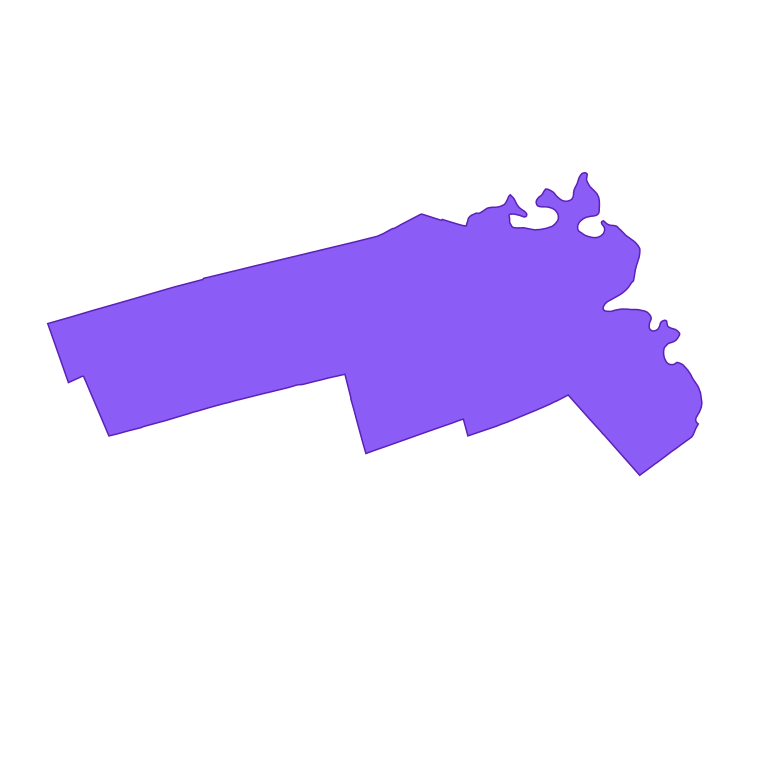 outline of Marculesti, Ialomita, Romania, rotated 69°
{"feature_id": "2599482B62115635478960", "entity_name": "Marculesti", "entity_type": "district", "adm_level": 2, "iso_a3": "ROU", "parent_name": "Romania", "parent_adm1": "Ialomita", "projection": "equal_earth", "projection_center": [27.519, 44.55], "detail": "fine", "context": "isolated", "style": "filled", "palette": "violet", "viewbox_px": 768, "rotation_deg": 69, "n_neighbors": 0, "source": "geoboundaries", "source_scale": "gbopen_adm2", "svg_char_len": 6127}
<svg xmlns="http://www.w3.org/2000/svg" viewBox="0 0 768 768"><g transform="rotate(69 384 384)"><path d="M462.5,324.3L463.7,294.3L463.6,288.8L463.8,281.4L463.6,281.2L463.7,278.8L463.4,269.8L463.0,252.6L462.7,244.8L462.3,236.5L461.7,230.5L461.8,229.5L460.3,216.0L489.2,205.1L506.2,198.5L508.7,197.7L510.5,196.8L560.9,178.0L560.2,175.7L558.9,170.9L555.6,159.2L555.1,156.9L553.3,150.6L549.8,138.5L549.0,135.1L547.1,128.4L543.8,115.9L542.8,114.3L541.6,113.0L537.0,108.6L534.0,104.9L531.8,106.0L529.8,106.1L527.7,105.1L525.3,102.3L523.0,99.4L519.4,96.1L515.6,94.0L505.8,91.7L499.5,91.6L493.8,92.8L491.7,93.4L489.0,93.9L484.9,94.3L480.0,95.4L477.6,96.3L475.8,97.0L473.5,97.9L472.2,98.8L471.0,99.9L469.1,102.2L468.8,103.1L469.1,104.0L469.6,106.2L469.1,108.2L468.3,109.9L467.2,111.1L466.2,111.8L465.3,112.2L463.6,112.6L461.0,112.9L459.2,112.8L457.0,112.4L454.0,111.4L450.9,109.6L450.1,108.5L449.3,106.9L448.0,103.9L448.2,101.5L448.3,99.3L448.1,97.0L447.6,95.4L446.6,93.6L444.3,90.7L443.0,89.9L441.7,90.1L439.7,90.9L437.5,92.4L435.8,94.6L434.8,95.9L433.2,97.5L431.4,98.5L429.0,98.1L426.5,97.6L425.2,98.7L424.9,100.8L425.3,102.9L426.5,104.4L428.6,105.8L430.0,107.3L431.1,108.9L431.4,110.9L431.3,113.0L430.4,114.6L429.0,115.8L427.2,116.3L424.9,115.7L422.3,114.3L419.0,111.2L416.9,110.7L414.4,111.1L411.5,112.4L409.5,114.2L408.4,115.9L405.6,120.2L404.1,123.7L403.1,126.5L401.4,129.8L399.3,134.9L398.6,137.8L397.8,142.7L397.7,145.5L396.6,148.4L395.7,150.4L394.8,151.6L393.5,152.4L391.6,152.3L389.8,150.8L388.4,148.9L387.6,147.0L387.2,145.9L385.3,132.5L384.7,129.5L383.4,125.6L382.7,123.9L381.5,121.4L379.7,118.8L378.2,116.7L377.1,114.2L374.7,112.6L367.9,108.7L363.3,105.4L360.4,103.0L359.0,102.0L357.6,100.7L356.1,99.8L353.3,98.2L351.8,97.6L350.4,97.0L349.1,96.7L347.3,97.0L346.0,97.2L344.7,97.6L343.3,98.1L342.0,98.6L341.0,99.1L339.9,99.7L338.7,100.5L337.5,101.3L335.3,102.7L333.6,103.9L331.6,105.1L328.9,106.2L324.8,108.0L322.6,109.2L321.3,109.6L320.5,110.0L319.9,110.5L319.0,111.8L318.0,113.4L317.4,114.9L316.8,116.0L315.7,117.3L314.1,118.7L311.2,120.1L310.5,120.6L310.2,120.9L310.4,122.3L311.0,123.1L312.0,123.3L313.3,123.2L315.2,122.5L316.2,122.3L317.2,122.3L318.6,122.5L320.0,123.3L320.9,124.0L322.0,125.0L322.5,126.1L323.4,128.2L323.5,129.1L323.6,130.1L323.6,131.5L323.5,132.7L323.1,134.2L322.6,135.4L321.4,137.8L320.5,138.9L319.6,140.3L318.1,142.0L317.2,143.1L316.0,143.9L314.9,144.7L313.8,145.4L313.0,146.0L312.2,146.6L311.3,147.2L310.7,147.4L309.9,147.6L308.6,147.5L307.1,147.1L305.6,146.4L304.4,145.3L303.5,144.3L302.5,142.8L301.7,140.6L301.1,138.4L300.9,136.0L300.9,134.6L301.3,132.9L301.5,130.8L302.2,128.4L302.5,126.7L302.6,125.4L302.4,124.1L301.7,122.6L300.9,121.9L299.9,121.3L297.5,120.2L295.2,119.2L293.3,118.4L291.8,117.9L290.3,117.4L288.9,117.1L287.6,116.8L286.3,116.7L285.0,116.8L282.8,117.0L281.6,117.5L280.1,118.0L278.5,118.7L275.2,120.2L274.1,120.8L272.3,121.2L270.7,121.5L267.4,121.8L265.7,121.7L264.2,120.9L261.4,119.2L260.2,119.2L258.9,120.3L258.5,121.9L258.4,123.4L259.1,125.0L260.3,126.7L261.1,127.7L262.3,128.8L266.2,131.9L267.7,133.6L269.3,135.4L271.0,137.0L273.4,138.5L275.1,139.2L277.1,140.4L278.1,141.6L278.8,142.5L279.1,143.7L279.2,144.9L279.1,146.4L278.9,147.8L278.4,149.0L277.6,150.5L276.7,151.7L275.5,152.7L274.7,153.2L273.1,154.2L271.7,154.9L270.3,155.6L268.5,156.2L267.3,156.5L265.1,157.5L263.1,159.1L262.2,159.9L261.6,160.5L260.6,161.7L259.9,163.1L260.9,164.9L261.9,166.2L263.1,167.6L264.3,169.4L264.7,171.2L265.1,172.6L266.0,174.1L266.9,175.5L268.0,176.4L269.3,177.0L270.9,177.1L272.4,176.9L273.1,176.4L274.0,175.3L275.1,173.3L276.6,169.5L277.2,168.2L278.2,166.7L279.2,165.3L280.2,164.1L281.5,163.0L282.6,162.2L283.8,161.7L284.9,161.3L286.2,161.0L287.5,160.8L288.7,160.8L290.1,161.2L291.5,161.7L292.6,162.3L293.6,163.3L294.2,164.0L294.9,165.2L296.0,167.2L296.6,169.0L296.9,170.0L297.1,171.3L296.9,173.8L296.9,175.5L296.6,177.9L296.3,179.6L295.7,182.9L294.7,186.1L294.3,187.7L293.1,189.7L291.7,192.1L290.2,194.4L289.3,195.8L288.3,197.5L285.7,204.6L284.8,206.1L284.2,207.3L283.0,208.1L278.4,208.8L276.9,208.3L275.6,207.8L274.1,207.3L272.4,207.1L271.4,206.9L270.8,206.1L270.9,204.7L271.3,203.3L272.1,201.5L272.8,200.4L273.7,199.1L274.4,198.1L275.2,196.9L276.2,195.8L277.9,193.8L278.4,193.1L278.5,192.4L278.5,191.7L278.3,190.9L277.8,190.6L277.2,190.0L276.4,189.8L275.6,190.0L274.5,190.3L273.6,190.7L272.1,191.6L271.3,192.3L270.1,193.1L269.3,193.6L267.5,194.6L264.7,195.4L263.1,195.7L261.0,195.9L259.2,196.0L257.8,196.2L255.9,196.8L254.9,197.3L252.6,198.3L253.0,199.1L253.5,200.3L256.0,202.7L257.9,204.7L259.0,206.3L259.5,207.3L259.7,208.2L259.7,209.4L259.9,210.5L259.8,211.6L259.8,212.9L259.3,215.4L258.8,217.1L258.2,218.5L257.6,220.3L257.0,223.1L256.9,224.8L257.3,226.8L257.8,228.6L258.2,230.3L258.3,231.3L258.6,232.4L258.7,233.9L258.5,234.8L257.9,235.8L257.6,236.6L257.5,237.3L257.6,238.4L257.7,239.8L257.7,240.7L257.8,242.0L258.4,243.8L259.4,245.7L261.4,247.2L262.3,247.7L262.8,248.2L263.0,248.5L265.9,250.6L264.4,253.5L261.4,257.6L254.1,267.0L251.2,270.6L251.7,271.9L239.3,287.3L238.9,288.0L238.8,288.4L238.8,289.9L238.9,290.4L241.3,311.4L241.8,314.2L242.4,319.1L242.0,319.8L242.1,322.0L243.0,328.2L243.4,330.8L243.4,331.7L243.7,337.2L240.8,361.1L227.2,464.4L224.0,489.6L220.7,514.6L221.5,515.8L218.1,546.5L218.1,546.9L213.0,607.2L211.9,619.5L211.1,628.2L209.6,647.5L209.6,647.9L207.1,676.3L222.4,676.7L269.6,678.1L268.7,663.7L268.7,662.9L268.7,662.6L268.9,662.2L269.4,661.7L333.9,659.4L334.2,657.2L335.0,651.0L336.0,640.5L337.6,626.9L337.7,626.1L337.7,625.7L337.5,625.3L337.8,621.4L339.1,608.6L339.9,601.0L340.9,587.1L341.7,577.2L342.0,571.2L342.4,568.5L342.8,563.5L343.3,556.9L344.7,542.2L345.3,537.6L345.6,535.2L346.3,527.6L346.8,524.2L349.9,498.7L350.5,494.6L351.7,485.0L353.1,474.0L353.5,468.1L353.7,465.7L354.4,462.9L355.2,460.6L355.7,456.8L356.9,446.4L357.6,441.4L358.3,435.0L359.0,429.8L359.8,424.9L360.9,417.0L383.8,419.7L385.0,419.9L385.9,420.3L386.5,420.4L388.1,420.5L397.1,421.3L406.1,422.3L430.9,424.8L442.4,425.8L442.6,415.8L443.0,402.5L443.8,370.6L444.3,352.3L444.9,333.8L444.9,328.2L445.1,324.0L445.3,322.5L462.5,324.3Z" fill="#8b5cf6" stroke="#5b21b6" stroke-width="1.5"/></g></svg>